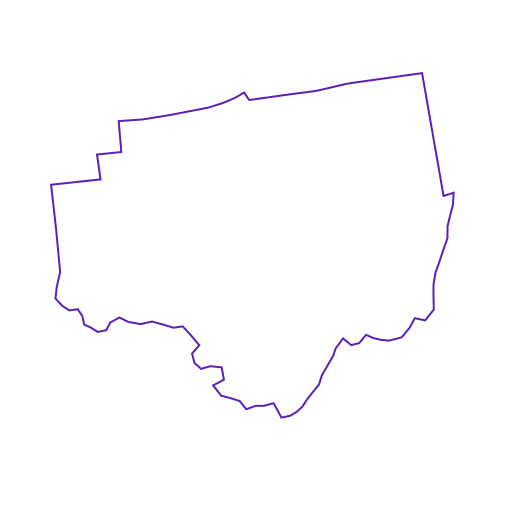 Paulo Bento, Rio Grande do Sul, Brazil, rotated 352°
{"feature_id": "56859067B85651133554571", "entity_name": "Paulo Bento", "entity_type": "district", "adm_level": 2, "iso_a3": "BRA", "parent_name": "Brazil", "parent_adm1": "Rio Grande do Sul", "projection": "mercator", "projection_center": [-52.399, -27.718], "detail": "fine", "context": "isolated", "style": "outline", "palette": "violet", "viewbox_px": 512, "rotation_deg": 352, "n_neighbors": 0, "source": "geoboundaries", "source_scale": "gbopen_adm2", "svg_char_len": 1261}
<svg xmlns="http://www.w3.org/2000/svg" viewBox="0 0 512 512"><g transform="rotate(352 256 256)"><path d="M138.8,103.3L137.1,134.3L112.7,133.4L112.7,158.5L63.0,156.9L61.8,200.8L59.8,244.7L54.5,258.5L51.5,270.1L57.2,278.4L63.7,283.9L72.1,283.9L75.7,291.4L76.3,300.0L82.4,303.8L88.6,309.1L97.4,308.7L102.4,301.6L112.1,297.9L120.4,303.5L132.2,307.4L143.9,306.4L155.2,311.3L164.2,315.5L173.6,315.5L180.6,325.6L187.4,336.4L179.1,343.8L180.1,353.2L185.9,360.1L195.5,358.8L206.5,361.5L207.0,374.0L195.5,378.2L202.1,389.5L211.6,393.5L219.7,397.4L225.0,406.4L234.9,404.3L242.9,405.5L252.9,404.2L255.9,411.8L258.6,419.5L267.4,419.0L274.7,416.0L280.8,411.8L287.4,404.3L294.3,397.8L300.4,392.2L304.6,383.4L312.6,373.1L318.5,365.7L321.9,358.8L330.7,349.7L337.9,357.5L346.1,356.6L354.0,349.4L361.0,353.7L368.6,356.6L376.2,358.3L388.9,356.8L398.1,348.5L404.6,339.7L414.6,343.3L424.6,333.8L426.3,319.5L427.8,309.1L431.3,297.8L436.0,288.8L441.4,277.9L448.1,264.9L449.8,253.3L454.7,240.8L458.1,232.9L460.5,220.9L450.1,222.6L446.3,109.7L445.9,98.0L415.3,98.0L395.5,98.0L383.5,98.0L370.4,98.0L338.6,100.9L313.4,100.6L271.0,100.6L267.0,92.5L257.4,96.4L250.3,98.4L243.4,100.1L229.5,102.4L190.9,104.4L162.5,105.0L138.8,103.3Z" fill="none" stroke="#5b21b6" stroke-width="2"/></g></svg>